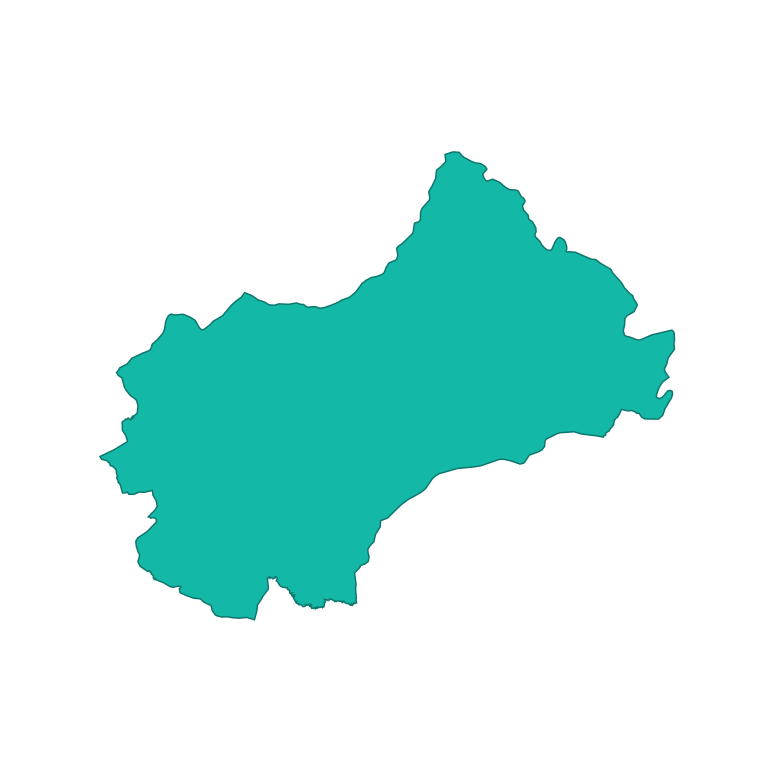 the district of Lahan Sai, Buri Ram, Thailand, rotated 254°
{"feature_id": "78962969B50384711100883", "entity_name": "Lahan Sai", "entity_type": "district", "adm_level": 2, "iso_a3": "THA", "parent_name": "Thailand", "parent_adm1": "Buri Ram", "projection": "natural_earth1", "projection_center": [102.826, 14.325], "detail": "fine", "context": "isolated", "style": "filled", "palette": "teal", "viewbox_px": 768, "rotation_deg": 254, "n_neighbors": 0, "source": "geoboundaries", "source_scale": "gbopen_adm2", "svg_char_len": 6162}
<svg xmlns="http://www.w3.org/2000/svg" viewBox="0 0 768 768"><g transform="rotate(254 384 384)"><path d="M506.0,210.7L506.7,209.0L507.8,202.3L509.8,198.7L509.6,196.9L508.9,195.5L506.2,192.8L503.3,190.9L497.4,188.3L493.5,185.1L489.2,178.6L486.1,172.1L482.9,170.2L481.5,168.8L480.7,166.8L480.1,159.6L478.2,148.5L474.1,142.7L472.4,134.5L469.5,131.5L468.8,130.0L465.2,131.1L462.4,133.5L461.4,133.8L453.0,133.6L449.3,134.3L443.3,136.8L437.4,141.2L435.3,141.6L430.8,141.6L424.3,138.8L423.3,137.9L423.3,136.9L422.2,135.3L422.4,133.5L421.5,133.3L421.7,132.0L420.9,133.1L420.9,131.7L419.9,132.2L419.6,131.5L419.4,130.6L421.8,128.7L421.0,127.1L421.5,125.9L420.9,125.4L419.6,121.8L411.5,119.8L405.4,121.7L400.0,121.6L399.2,121.1L395.1,105.9L392.6,91.0L389.4,91.8L387.5,95.3L386.1,96.9L384.8,97.4L384.6,98.1L380.9,98.5L379.7,100.5L375.9,102.7L375.0,102.9L371.0,102.1L370.3,102.5L368.4,102.4L368.3,101.5L367.3,101.2L363.4,101.8L362.5,101.3L361.5,102.4L358.9,102.7L351.3,102.6L350.7,105.0L350.7,107.8L348.3,108.2L346.9,113.2L347.6,119.2L346.0,123.4L345.5,132.0L340.6,131.3L334.7,132.8L328.9,132.3L326.0,129.1L321.3,120.8L320.4,122.3L319.3,122.7L319.5,124.2L318.3,126.9L316.9,127.8L314.1,127.2L307.3,115.5L304.1,105.1L301.3,102.1L296.3,101.2L289.9,101.4L287.7,102.0L285.7,101.4L280.8,98.4L275.8,99.5L269.0,105.1L269.3,107.3L267.5,107.4L266.6,108.4L265.3,108.0L263.8,109.2L262.3,109.3L261.3,108.7L260.5,109.6L259.5,109.3L259.7,110.3L259.3,110.1L253.7,117.3L247.9,122.9L246.7,125.6L246.4,130.8L245.4,132.7L244.5,132.6L243.6,130.8L239.7,130.4L235.4,135.4L230.6,141.9L228.1,148.3L223.8,150.8L218.7,156.7L213.4,156.5L208.8,158.0L207.2,159.6L204.6,164.0L203.5,169.1L201.2,173.7L198.8,180.3L197.4,187.8L193.1,194.5L200.9,199.2L206.5,201.4L210.5,206.4L213.3,209.0L218.5,215.9L219.3,216.5L229.5,218.4L229.9,219.2L229.0,220.3L229.8,220.1L230.1,220.8L228.4,222.7L228.2,223.6L227.3,223.7L227.8,225.1L227.6,225.8L228.8,226.4L226.8,228.1L224.4,226.2L223.4,227.2L219.2,228.1L216.5,230.6L215.8,233.1L215.0,233.6L214.9,234.8L213.1,234.8L211.7,236.5L210.5,235.9L208.8,235.9L208.4,238.1L207.8,236.7L205.3,237.4L205.1,237.9L206.3,238.6L206.0,239.9L205.3,239.2L204.4,239.3L204.0,237.9L198.8,239.0L198.8,240.1L197.6,239.4L196.5,240.5L196.3,241.6L195.2,241.4L194.9,243.5L192.3,244.9L192.0,246.0L192.5,247.9L193.3,247.5L193.8,248.1L193.6,248.8L192.9,248.5L192.5,249.5L192.2,250.7L192.9,251.0L192.8,252.0L192.2,253.2L191.4,251.5L190.7,251.3L190.3,253.0L189.7,252.4L188.3,252.7L187.9,254.1L188.3,254.8L187.6,255.3L187.8,255.9L187.0,256.0L187.9,257.2L187.1,257.1L186.7,257.8L187.6,258.4L187.3,259.1L187.6,259.8L187.0,260.0L186.7,262.0L187.1,262.9L186.1,263.3L186.6,263.7L186.3,264.8L190.0,266.6L190.6,266.3L190.7,267.6L192.0,268.1L193.1,267.6L192.6,268.3L192.7,269.6L191.5,270.0L191.2,271.0L191.6,272.1L192.4,272.3L192.4,272.9L189.6,276.1L188.5,276.6L188.8,277.6L188.0,278.0L188.3,278.9L188.0,280.9L187.3,281.3L187.2,282.9L186.3,283.2L186.4,284.0L185.8,283.4L185.4,283.6L186.0,285.6L184.8,286.0L183.1,287.7L183.0,289.0L181.1,290.4L181.2,291.2L180.5,291.1L179.9,292.5L180.3,293.0L181.1,292.2L182.0,292.6L181.0,294.0L181.8,295.0L181.0,295.6L181.2,297.3L184.1,297.5L185.7,298.4L194.5,300.1L199.6,302.0L210.5,303.6L214.3,310.2L216.0,311.2L216.3,316.2L217.7,319.9L221.9,322.0L226.9,322.2L229.5,322.9L232.1,325.6L235.3,330.9L241.7,334.3L247.6,340.9L253.6,343.2L254.1,350.3L263.2,367.2L266.2,374.9L269.3,388.4L270.6,392.1L272.0,395.1L279.7,404.5L281.5,408.2L282.6,412.4L282.6,431.1L279.6,447.2L278.7,454.6L279.8,474.4L278.5,478.6L275.2,484.7L269.6,492.6L269.4,495.0L269.4,496.3L270.6,498.3L275.6,504.1L276.3,514.1L277.1,517.6L279.7,521.1L284.2,522.8L285.4,523.6L286.4,525.2L288.6,537.1L288.6,539.8L285.7,553.6L281.5,560.0L275.4,574.5L272.5,580.1L273.6,581.2L273.9,583.1L275.2,583.3L275.9,584.0L276.8,587.3L279.0,589.6L279.8,591.3L280.7,591.6L280.9,593.1L285.3,595.2L287.0,597.3L287.8,599.6L294.1,605.5L290.9,611.1L290.3,614.6L288.6,617.1L286.4,618.7L285.5,621.1L280.8,622.7L278.5,625.2L274.6,638.2L277.1,643.3L282.8,647.3L291.6,656.7L294.7,658.6L297.2,659.0L298.0,658.6L299.1,656.8L299.0,654.5L296.0,650.4L294.2,647.0L294.2,644.4L295.8,642.6L297.0,642.4L299.3,643.4L304.6,647.3L307.1,649.9L309.4,652.9L311.9,659.7L318.3,657.6L321.2,657.7L325.0,661.1L330.8,664.4L337.5,672.9L343.0,673.8L345.9,675.3L353.1,677.0L355.6,676.3L356.4,675.5L357.4,655.1L355.9,643.6L356.0,641.4L356.4,639.9L361.3,633.3L362.9,630.3L364.6,628.6L369.3,628.7L374.5,631.6L380.6,633.6L382.8,636.8L384.6,644.3L389.6,648.9L390.8,649.3L397.6,647.4L400.5,647.4L403.3,645.1L410.0,641.7L416.0,640.2L427.8,634.4L431.6,633.7L439.9,625.8L445.3,621.7L447.0,617.4L457.7,604.5L460.1,598.7L460.6,596.0L461.1,595.5L463.2,596.8L465.8,597.5L470.3,597.4L472.6,596.9L476.5,593.5L476.3,591.2L475.6,590.2L473.5,587.7L467.4,582.6L466.7,581.3L467.1,579.1L468.0,577.7L470.4,575.9L474.3,574.0L477.9,573.2L484.2,570.0L486.8,570.6L488.3,572.1L492.4,573.0L499.2,571.3L502.4,568.6L506.3,569.1L512.8,566.1L517.1,566.2L520.1,569.5L521.7,570.1L524.3,569.3L526.3,567.6L532.7,566.1L534.2,564.0L535.8,559.1L536.9,557.5L540.1,554.6L546.0,550.7L550.9,544.9L550.6,539.5L551.6,537.7L555.0,536.8L558.1,536.7L559.4,537.8L561.7,541.8L562.5,542.1L565.1,541.3L568.6,538.3L570.1,535.9L571.1,533.1L574.1,529.2L579.9,523.3L581.4,522.2L586.0,520.1L588.1,514.2L587.8,505.9L580.8,504.8L577.0,498.2L575.3,493.8L574.4,493.1L567.6,490.5L561.0,484.8L556.5,480.0L550.2,479.3L548.2,478.2L542.9,469.8L541.3,468.1L538.4,466.2L532.2,464.4L530.8,463.0L530.2,461.8L530.4,458.8L530.0,457.6L521.9,453.8L520.8,452.9L513.9,440.1L512.4,435.5L510.9,433.6L503.7,432.7L500.6,430.7L499.8,429.2L499.2,423.0L498.6,421.7L495.8,418.5L491.1,414.9L490.3,413.5L489.7,411.2L489.4,406.6L489.8,401.0L488.7,395.6L486.7,390.6L480.5,382.6L477.8,377.1L476.8,374.1L476.2,365.6L475.2,362.7L474.3,355.5L473.9,347.0L474.6,343.1L477.0,339.7L477.9,337.2L478.8,331.8L480.3,330.2L482.5,328.7L483.9,325.3L486.0,322.3L486.9,314.3L490.0,305.1L489.9,300.4L491.7,295.4L495.5,292.0L499.6,286.1L505.3,281.5L510.2,275.2L506.8,270.8L504.4,264.4L501.8,259.0L494.0,247.4L491.4,237.1L489.1,233.5L486.2,226.4L486.0,224.3L486.6,223.4L489.0,222.0L497.2,220.0L501.6,216.2L506.0,210.7Z" fill="#14b8a6" stroke="#0f766e" stroke-width="1.5"/></g></svg>